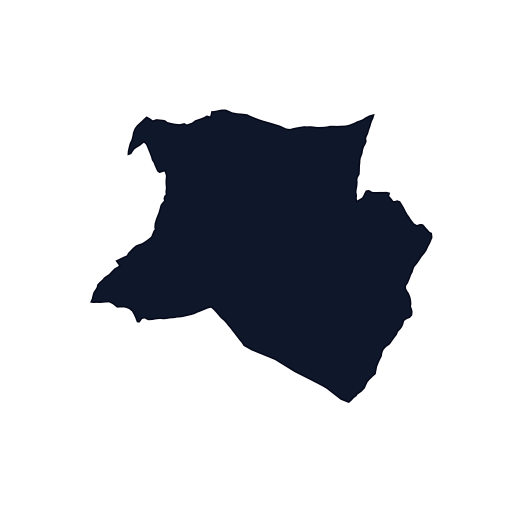 the district of Ndhiwa, Nyanza, Kenya, rotated 246°
{"feature_id": "3690345B51434917036574", "entity_name": "Ndhiwa", "entity_type": "district", "adm_level": 2, "iso_a3": "KEN", "parent_name": "Kenya", "parent_adm1": "Nyanza", "projection": "natural_earth1", "projection_center": [34.403, -0.712], "detail": "fine", "context": "isolated", "style": "filled", "palette": "ink", "viewbox_px": 512, "rotation_deg": 246, "n_neighbors": 0, "source": "geoboundaries", "source_scale": "gbopen_adm2", "svg_char_len": 4867}
<svg xmlns="http://www.w3.org/2000/svg" viewBox="0 0 512 512"><g transform="rotate(246 256 256)"><path d="M405.6,274.4L403.5,272.9L401.2,270.9L403.6,268.0L403.3,264.6L403.4,262.3L403.5,261.1L403.6,259.9L404.0,255.8L403.1,251.8L403.3,249.2L403.6,245.8L405.9,244.2L406.7,239.8L409.2,235.3L411.8,231.7L414.0,228.9L415.7,228.1L416.5,227.5L417.2,226.7L418.6,224.3L420.8,220.5L421.2,216.4L424.1,214.8L427.2,212.5L426.2,209.5L425.2,206.9L424.7,205.3L424.3,204.1L423.2,200.8L421.6,197.9L420.9,197.0L419.9,195.9L418.2,194.3L415.5,192.5L412.6,190.2L409.5,186.7L405.8,183.8L403.3,182.0L400.8,180.7L400.6,183.3L401.3,184.3L401.9,185.2L403.2,187.3L403.7,188.6L404.2,191.1L404.5,193.8L404.7,195.2L405.4,197.6L406.0,200.2L402.9,201.5L400.4,201.6L398.1,201.5L395.3,201.4L392.5,201.3L388.8,201.1L386.0,200.6L382.8,201.1L379.5,200.9L376.4,200.9L373.8,200.9L371.7,202.0L371.4,205.2L371.0,207.6L368.4,207.4L365.8,207.1L363.0,205.6L360.4,204.2L357.9,203.2L354.4,202.0L351.1,200.0L348.5,199.2L347.4,196.9L345.6,195.5L343.5,195.3L342.2,192.4L340.9,190.1L338.8,188.4L336.8,186.8L336.1,186.2L334.5,184.8L332.6,182.8L329.8,180.0L326.5,177.2L323.1,175.4L321.0,175.0L320.4,173.5L319.5,172.4L317.5,170.4L315.7,168.5L314.8,165.5L313.8,160.8L313.3,157.1L313.6,153.9L313.8,150.7L312.8,147.2L311.3,143.6L310.2,140.8L308.4,138.5L308.4,134.2L308.3,130.2L308.2,126.6L305.2,127.2L302.9,127.8L301.9,126.2L301.5,121.8L300.0,118.0L298.5,114.5L298.0,111.2L297.5,108.7L296.2,106.2L295.1,102.6L293.9,99.8L292.0,98.5L290.4,96.4L288.4,93.2L285.5,90.8L283.1,89.0L281.1,86.7L280.1,88.2L279.4,89.8L278.7,91.7L277.7,93.7L277.1,95.0L276.6,96.3L275.9,98.6L275.5,99.6L275.1,100.7L274.0,103.4L272.0,105.1L271.1,105.8L270.2,106.4L268.1,107.5L266.0,108.5L264.8,111.5L263.5,114.6L261.9,116.9L260.0,118.7L259.4,119.2L258.5,119.6L256.0,120.9L253.2,121.1L251.8,121.3L250.7,121.2L248.4,121.3L247.5,121.2L246.6,121.1L244.3,121.0L243.4,122.4L244.9,125.1L245.6,126.0L245.0,129.3L242.6,131.1L241.8,131.8L240.4,135.5L239.6,138.8L238.3,142.9L236.3,146.5L235.4,149.5L234.7,152.2L233.2,156.3L232.6,159.1L231.5,161.9L231.1,163.3L230.7,164.8L229.9,169.1L229.1,173.2L228.7,176.2L228.8,179.3L228.6,183.0L228.5,186.8L228.4,191.0L227.7,194.5L224.1,196.1L220.6,197.3L217.5,198.2L215.3,198.8L212.9,199.7L210.5,200.9L207.0,202.1L204.0,202.8L200.5,203.9L197.3,204.6L195.0,205.2L192.8,205.7L190.3,206.3L186.1,207.3L182.7,208.3L179.2,208.8L173.2,213.3L172.5,213.7L153.8,231.6L134.7,244.6L120.8,256.0L118.0,258.2L110.4,264.3L106.4,267.1L90.7,275.5L84.8,281.2L85.5,283.7L87.2,287.7L87.8,290.6L88.8,292.0L89.0,293.0L89.8,297.1L91.5,301.2L94.0,303.9L96.0,306.3L97.2,308.7L97.6,309.7L98.0,310.9L98.7,312.6L99.1,313.8L99.8,316.1L100.0,316.9L102.7,318.7L106.1,321.1L108.7,323.7L111.2,326.5L113.7,329.6L116.2,331.2L118.4,333.1L120.0,336.0L120.9,338.6L121.3,341.3L121.7,342.3L122.4,343.6L124.0,346.2L125.8,349.3L127.3,352.1L129.7,354.6L131.0,357.9L132.2,360.0L133.3,361.3L134.1,362.1L134.9,362.8L137.1,364.6L137.8,368.2L137.6,371.3L138.8,374.0L141.7,375.7L144.2,376.2L147.0,376.3L149.4,377.8L152.4,378.9L155.6,379.6L159.5,379.8L163.0,379.2L165.7,379.2L168.2,380.4L170.0,383.3L171.7,385.1L173.5,387.0L175.2,388.6L176.8,390.3L177.9,391.9L178.6,392.5L179.4,393.1L182.0,395.5L184.3,400.1L186.2,403.1L188.7,407.1L190.4,410.6L192.1,413.4L195.1,416.8L197.3,419.7L199.1,421.6L201.5,424.1L205.3,425.3L207.0,423.8L210.0,422.9L212.6,422.0L214.6,421.5L216.6,420.8L217.8,418.8L218.1,415.2L221.2,412.9L223.9,412.3L224.6,412.1L226.5,411.7L227.6,411.5L229.5,411.3L232.0,410.7L235.7,410.3L238.6,410.2L241.3,410.0L244.4,409.6L247.0,409.2L248.8,407.3L249.0,404.8L250.2,403.0L252.5,402.6L255.1,401.8L256.7,401.2L259.1,403.2L260.9,400.9L262.0,398.2L263.4,395.1L264.6,392.1L266.0,389.1L266.7,387.8L269.7,385.6L270.4,383.2L268.7,381.0L267.1,379.2L265.5,377.0L265.2,374.7L264.7,370.2L267.8,370.7L270.7,372.3L273.8,373.0L276.3,374.5L279.1,376.4L282.0,378.0L284.8,379.0L286.7,380.3L288.9,383.3L292.0,384.9L294.8,386.2L296.8,387.2L298.8,388.4L301.2,389.6L303.2,390.9L304.8,392.5L306.7,394.4L309.6,396.2L312.2,398.5L313.9,400.8L316.0,403.0L319.1,403.8L320.9,405.6L322.6,407.6L325.3,409.8L328.2,412.6L330.4,414.4L332.4,416.2L334.4,418.6L337.0,420.8L337.6,416.7L337.4,412.3L336.8,409.2L336.9,406.0L337.2,402.9L337.1,401.9L337.0,400.3L337.1,397.5L337.3,394.0L338.1,390.5L339.4,387.2L340.0,385.8L340.3,384.9L341.1,382.8L342.0,381.0L343.0,378.9L344.1,376.4L344.7,373.5L345.5,370.9L346.4,368.5L347.6,365.6L348.8,363.1L350.1,361.1L351.8,358.1L352.9,355.2L354.3,352.5L355.1,349.5L356.1,345.7L356.9,342.2L357.5,338.4L359.6,335.0L362.3,332.6L363.9,331.3L365.7,329.5L367.8,327.0L370.2,324.3L372.7,321.3L376.2,317.1L379.0,314.0L382.3,310.7L385.0,308.1L387.1,306.2L388.4,305.3L389.6,303.3L391.5,300.1L393.1,297.0L393.9,295.8L394.5,294.9L396.5,292.0L398.8,290.1L401.5,287.5L403.1,283.8L404.1,279.2L404.9,276.1L405.2,275.2L405.6,274.4Z" fill="#0f172a" stroke="#020617" stroke-width="1.5"/></g></svg>